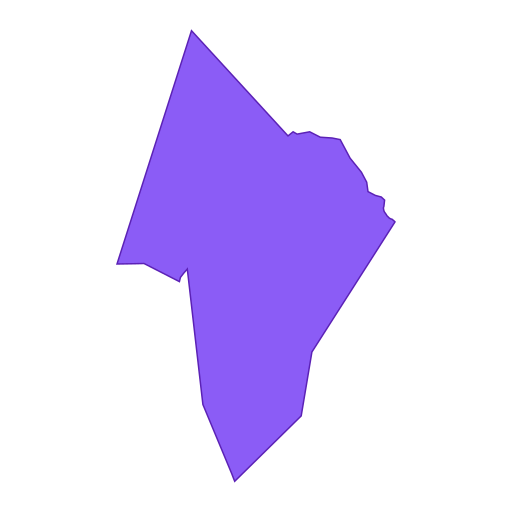 Morne Jacques, Choiseul, Saint Lucia (Natural Earth projection)
{"feature_id": "8701671B73612450286207", "entity_name": "Morne Jacques", "entity_type": "district", "adm_level": 2, "iso_a3": "LCA", "parent_name": "Saint Lucia", "parent_adm1": "Choiseul", "projection": "natural_earth1", "projection_center": [-61.029, 13.811], "detail": "fine", "context": "isolated", "style": "filled", "palette": "violet", "viewbox_px": 512, "rotation_deg": 0, "n_neighbors": 0, "source": "geoboundaries", "source_scale": "gbopen_adm2", "svg_char_len": 971}
<svg xmlns="http://www.w3.org/2000/svg" viewBox="0 0 512 512"><path d="M383.2,198.8L381.3,197.0L375.3,195.4L368.0,191.6L366.7,182.2L361.4,172.2L350.1,158.2L340.2,139.6L332.2,138.0L320.3,137.2L309.7,131.8L297.1,134.1L293.1,131.8L288.0,135.9L191.5,30.7L117.0,264.0L135.3,263.7L144.0,263.5L179.4,281.6L180.1,278.7L180.5,277.3L183.6,273.3L187.3,269.0L202.9,404.5L231.7,473.6L233.5,478.3L234.7,481.3L301.2,415.9L311.9,352.0L395.0,221.9L394.6,221.5L394.3,221.1L394.0,220.9L393.6,220.5L393.3,220.3L392.9,220.0L392.6,219.6L392.2,219.3L391.7,219.2L391.3,219.0L390.9,218.9L390.4,218.7L390.0,218.5L389.6,218.2L389.1,217.9L388.6,217.4L388.2,217.0L387.9,216.6L387.6,216.4L387.2,216.0L386.8,215.5L386.5,215.0L386.3,214.5L385.9,214.1L385.7,213.7L385.4,213.3L385.1,212.9L384.9,212.6L384.6,212.2L384.3,211.7L384.1,211.2L383.9,210.7L383.8,210.2L383.7,209.7L383.6,209.2L383.5,208.6L383.4,207.9L383.9,206.3L384.6,200.1L383.2,198.8Z" fill="#8b5cf6" stroke="#5b21b6" stroke-width="1.5"/></svg>